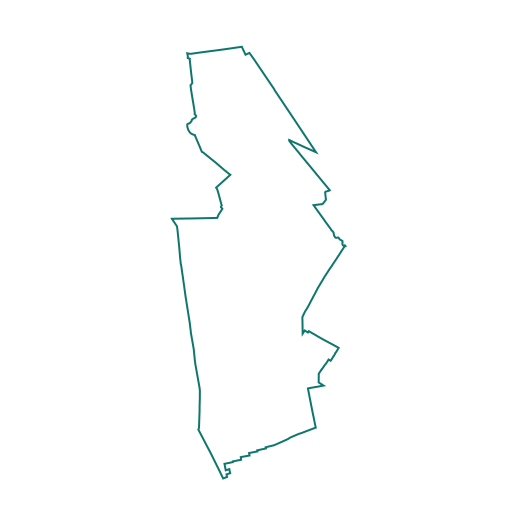 Livezile, Timis, Romania (Albers equal-area conic projection), rotated 349°
{"feature_id": "2599482B86518739037606", "entity_name": "Livezile", "entity_type": "district", "adm_level": 2, "iso_a3": "ROU", "parent_name": "Romania", "parent_adm1": "Timis", "projection": "albers", "projection_center": [21.055, 45.391], "detail": "fine", "context": "isolated", "style": "outline", "palette": "teal", "viewbox_px": 512, "rotation_deg": 349, "n_neighbors": 0, "source": "geoboundaries", "source_scale": "gbopen_adm2", "svg_char_len": 4709}
<svg xmlns="http://www.w3.org/2000/svg" viewBox="0 0 512 512"><g transform="rotate(349 256 256)"><path d="M334.7,165.6L322.1,135.3L306.4,97.9L306.2,97.5L305.6,95.5L299.7,81.7L292.1,63.8L292.0,63.5L288.3,55.4L284.1,56.4L282.0,47.9L270.9,47.4L259.7,46.8L245.3,45.9L236.8,45.4L230.6,45.1L229.7,44.9L228.6,44.5L227.2,43.9L227.2,47.2L227.0,47.6L226.9,48.0L226.8,48.3L226.8,48.7L228.5,49.6L228.4,49.7L228.4,50.8L227.7,58.9L227.4,62.5L227.2,65.0L227.0,67.9L226.8,70.3L226.8,71.1L226.5,74.0L225.9,74.5L225.5,75.0L225.0,75.5L224.4,75.8L224.4,76.0L224.2,76.6L224.0,79.7L223.8,85.7L223.4,99.6L223.2,104.0L222.8,104.9L223.4,105.9L223.9,106.9L224.0,107.1L223.8,107.6L223.3,108.2L222.7,108.6L222.0,108.9L221.3,109.0L220.6,109.2L219.8,109.5L219.3,109.9L218.9,110.2L218.8,110.5L218.7,110.9L218.1,111.5L217.5,112.1L216.6,112.7L216.3,112.9L215.8,113.1L215.4,113.1L215.0,113.1L214.5,113.3L214.1,113.4L213.7,113.6L213.6,113.9L213.4,114.9L213.3,115.7L213.2,116.5L213.3,117.0L213.4,117.5L213.4,118.0L213.5,118.7L213.6,119.3L213.9,120.2L214.3,121.3L214.6,121.9L215.1,122.7L215.6,123.4L216.1,123.8L216.5,124.1L217.8,125.0L219.2,125.8L219.1,126.3L221.6,137.9L222.7,143.4L223.9,144.3L228.9,150.3L234.4,156.8L237.4,160.6L240.5,164.6L244.6,169.5L246.3,171.4L229.9,181.3L230.6,182.8L231.1,187.5L231.7,196.2L232.0,199.9L231.6,200.2L230.9,201.3L232.0,203.3L227.2,208.2L225.2,211.2L217.5,209.9L210.6,208.7L200.2,206.9L180.6,203.4L180.8,204.0L184.1,211.8L183.9,215.3L183.3,221.9L182.7,228.5L182.4,231.6L181.9,236.6L181.2,242.8L180.9,246.5L180.6,249.8L180.8,250.1L180.2,262.1L179.7,271.9L179.1,282.8L178.2,309.0L177.5,318.6L177.4,318.8L177.3,325.7L177.1,335.6L176.0,347.3L175.8,351.4L175.7,358.4L175.6,364.2L175.5,372.4L175.4,375.2L175.2,377.6L174.8,379.5L173.7,385.0L171.9,393.1L170.9,398.0L169.8,402.7L169.3,404.9L168.4,408.8L167.4,413.2L167.0,414.3L166.5,415.1L166.3,415.4L167.8,420.4L169.9,427.5L171.7,433.6L173.7,440.1L174.1,441.5L175.6,447.0L177.1,452.5L178.6,457.9L179.9,462.8L181.1,467.3L181.3,468.1L185.4,467.4L185.4,466.1L185.4,464.7L189.2,464.3L189.1,460.1L187.8,460.3L185.4,460.6L185.4,457.2L185.4,454.0L193.9,453.9L194.0,453.2L202.5,453.2L202.7,450.5L211.6,450.6L211.6,448.1L220.1,448.1L220.1,447.0L229.0,446.8L229.0,445.6L237.7,445.2L247.4,443.0L252.7,441.7L254.8,440.8L263.4,438.9L267.4,438.4L271.2,437.7L278.7,436.4L281.9,435.9L281.8,430.9L281.8,429.2L281.8,426.2L281.7,419.0L281.7,411.7L281.7,401.8L281.7,397.8L281.7,396.8L281.7,395.9L281.9,395.9L282.9,395.9L283.0,395.9L283.9,395.9L284.9,395.9L290.3,396.0L295.2,396.1L296.2,396.1L297.0,396.1L297.6,396.1L293.4,392.1L294.3,387.6L294.7,385.8L295.1,383.6L298.7,379.9L298.8,380.0L303.3,375.6L304.3,374.9L307.5,371.5L309.3,373.1L310.2,372.1L311.5,370.8L311.6,370.7L311.9,370.4L312.2,370.0L312.6,369.5L312.8,369.3L313.2,369.1L313.7,368.5L314.5,367.6L315.1,366.9L315.2,366.6L315.4,366.3L315.6,366.2L315.9,365.9L316.1,365.8L316.2,365.7L317.4,364.4L319.6,362.0L319.0,361.4L307.9,352.3L304.9,349.8L303.7,348.8L301.6,347.0L300.5,346.0L300.3,345.8L298.8,344.5L296.6,342.6L293.5,339.9L292.4,341.0L290.5,339.3L289.6,338.4L289.2,338.8L287.3,340.8L287.0,341.1L287.8,336.6L288.0,335.4L288.3,333.8L288.9,330.4L289.4,327.4L289.7,325.8L289.7,325.6L289.9,324.8L290.4,324.1L290.8,323.6L291.7,322.3L292.6,321.1L294.1,319.2L295.8,317.5L296.9,316.2L298.4,314.5L299.7,312.8L300.1,312.3L301.5,310.5L301.9,310.0L302.6,309.2L303.0,308.8L304.5,306.8L306.5,304.4L307.2,303.5L309.3,300.9L310.5,299.3L312.9,296.7L319.6,289.2L322.8,285.9L325.9,282.7L327.9,280.8L330.8,277.8L332.6,276.0L334.7,273.9L336.5,272.0L338.2,270.3L339.8,268.6L341.5,266.8L343.2,265.1L344.1,264.1L345.3,263.5L345.7,263.4L345.4,262.6L345.0,262.4L344.2,262.5L343.8,262.5L343.6,262.3L343.3,261.9L343.1,261.4L343.1,260.6L343.3,259.7L343.4,259.4L343.6,259.1L343.7,257.7L342.3,256.5L341.5,255.8L341.0,254.9L340.4,253.6L339.4,253.5L337.9,253.4L337.4,252.9L337.1,252.5L337.0,252.1L336.9,251.9L336.7,251.4L336.6,251.0L336.6,250.8L336.6,250.1L336.5,249.1L336.6,248.0L336.5,247.6L336.2,246.9L336.0,246.5L335.6,245.8L335.3,245.5L335.1,245.4L334.6,243.9L334.3,243.3L332.9,240.3L330.9,236.1L329.6,233.1L328.1,229.9L326.3,226.0L324.3,221.7L322.2,217.1L328.4,217.5L330.4,217.7L331.4,217.6L333.7,215.7L335.4,214.1L335.7,210.2L336.0,206.9L336.4,206.2L340.8,205.7L341.0,205.6L337.3,198.8L334.4,193.5L332.0,189.0L331.8,188.8L329.5,184.4L327.9,181.5L326.8,179.4L325.2,176.5L324.2,174.7L323.9,174.2L322.5,171.5L321.9,170.5L320.4,167.7L319.1,165.4L318.2,163.6L317.1,161.5L316.0,159.6L315.4,158.4L314.0,155.9L313.3,154.6L313.0,154.1L312.8,153.7L311.7,151.6L311.3,150.9L311.1,150.3L310.9,150.0L310.9,149.9L310.7,149.4L310.6,148.9L310.6,148.7L310.7,148.4L314.9,151.6L319.2,154.6L323.7,157.9L334.7,165.6Z" fill="none" stroke="#0f766e" stroke-width="2"/></g></svg>